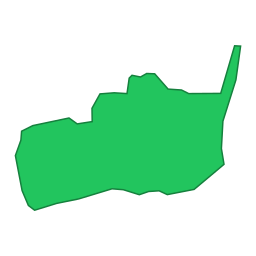 Bouza, Tahoua, Niger (Mercator projection)
{"feature_id": "23599985B24942158565256", "entity_name": "Bouza", "entity_type": "district", "adm_level": 2, "iso_a3": "NER", "parent_name": "Niger", "parent_adm1": "Tahoua", "projection": "mercator", "projection_center": [6.113, 14.511], "detail": "fine", "context": "isolated", "style": "filled", "palette": "green", "viewbox_px": 256, "rotation_deg": 0, "n_neighbors": 0, "source": "geoboundaries", "source_scale": "gbopen_adm2", "svg_char_len": 583}
<svg xmlns="http://www.w3.org/2000/svg" viewBox="0 0 256 256"><path d="M22.1,190.6L28.4,205.5L34.6,210.2L56.6,203.4L78.7,198.9L112.0,188.8L123.3,189.7L139.3,194.7L148.6,191.5L159.1,190.8L167.3,194.6L194.1,189.4L216.3,170.8L224.0,164.3L221.4,148.5L222.9,121.2L235.9,79.9L240.6,46.1L234.6,45.8L220.7,93.4L188.7,93.6L181.5,90.0L168.1,89.1L154.7,73.8L146.7,73.5L140.5,77.0L132.0,75.3L129.2,78.1L127.0,93.6L114.2,92.8L100.0,93.9L92.0,108.3L92.2,121.6L77.2,123.9L69.0,118.0L32.8,125.6L21.6,131.2L20.9,140.2L15.4,155.6L22.1,190.6Z" fill="#22c55e" stroke="#15803d" stroke-width="1.5"/></svg>